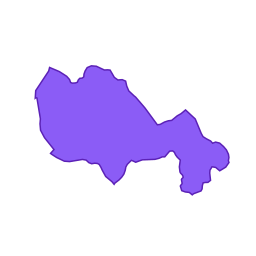 Yatenga, Natural Earth projection, rotated 336°
{"feature_id": "BFA-2823", "entity_name": "Yatenga", "entity_type": "Province", "adm_level": 1, "iso_a3": "BFA", "parent_name": "Burkina Faso", "parent_adm1": "", "projection": "natural_earth1", "projection_center": [-2.299, 13.586], "detail": "fine", "context": "isolated", "style": "filled", "palette": "violet", "viewbox_px": 256, "rotation_deg": 336, "n_neighbors": 0, "source": "natural_earth", "source_scale": "10m", "svg_char_len": 1726}
<svg xmlns="http://www.w3.org/2000/svg" viewBox="0 0 256 256"><g transform="rotate(336 128 128)"><path d="M55.4,63.0L58.9,56.3L78.7,43.7L81.0,40.8L88.2,48.5L93.0,55.8L94.3,59.9L94.1,63.1L95.4,64.4L98.4,65.5L100.4,65.6L102.1,63.9L104.1,63.0L106.5,63.8L108.4,63.3L109.7,60.9L112.1,58.4L115.3,56.2L119.8,56.3L124.2,58.7L130.0,65.4L133.1,66.6L135.2,67.8L136.1,76.2L138.3,80.0L142.4,81.5L144.9,84.2L143.9,89.2L143.8,94.4L146.6,101.1L147.5,102.8L151.6,116.5L156.1,137.0L158.9,137.8L163.8,137.4L167.7,137.8L171.0,138.8L177.9,136.9L182.2,136.5L187.9,134.9L193.1,147.1L192.7,162.7L193.0,166.4L195.2,169.7L198.2,173.5L199.1,176.3L202.3,176.5L205.6,179.1L207.8,184.0L209.0,188.1L209.1,192.8L208.2,196.0L206.4,198.7L206.2,200.6L201.4,203.5L194.4,204.4L192.1,199.7L189.0,197.6L185.7,199.9L184.3,202.5L182.1,209.4L178.9,210.2L176.5,209.2L174.3,208.7L172.5,210.9L170.9,213.8L169.1,215.2L161.2,214.7L159.5,215.2L157.8,211.8L154.3,209.7L151.6,207.1L152.2,202.3L152.7,201.9L154.5,201.0L154.9,200.6L155.0,200.4L155.8,196.9L156.6,196.2L157.6,195.9L158.3,195.5L158.6,194.2L158.5,192.8L157.7,190.7L157.6,189.3L159.1,184.4L162.7,178.6L161.1,174.6L160.5,171.7L160.5,169.1L159.5,167.1L156.6,166.1L149.9,169.3L147.5,168.3L143.9,168.3L139.9,167.6L128.1,162.9L121.1,162.4L119.3,160.3L117.9,158.9L112.6,160.9L110.1,162.8L109.1,164.3L108.1,165.7L105.4,168.5L102.2,170.4L98.7,171.8L93.6,173.0L92.4,173.8L91.5,170.5L87.9,163.2L87.3,155.9L87.3,153.1L86.9,149.6L85.7,148.0L83.2,146.6L80.3,145.9L78.1,143.7L76.7,140.3L73.6,138.2L60.9,134.9L56.3,132.4L50.8,125.9L48.0,121.6L47.1,120.1L46.9,119.7L51.6,117.6L47.8,102.9L47.2,94.5L49.3,88.4L51.7,84.0L57.0,63.6L56.7,63.4L56.5,63.0L56.1,62.8L55.4,63.0Z" fill="#8b5cf6" stroke="#5b21b6" stroke-width="1.5"/></g></svg>